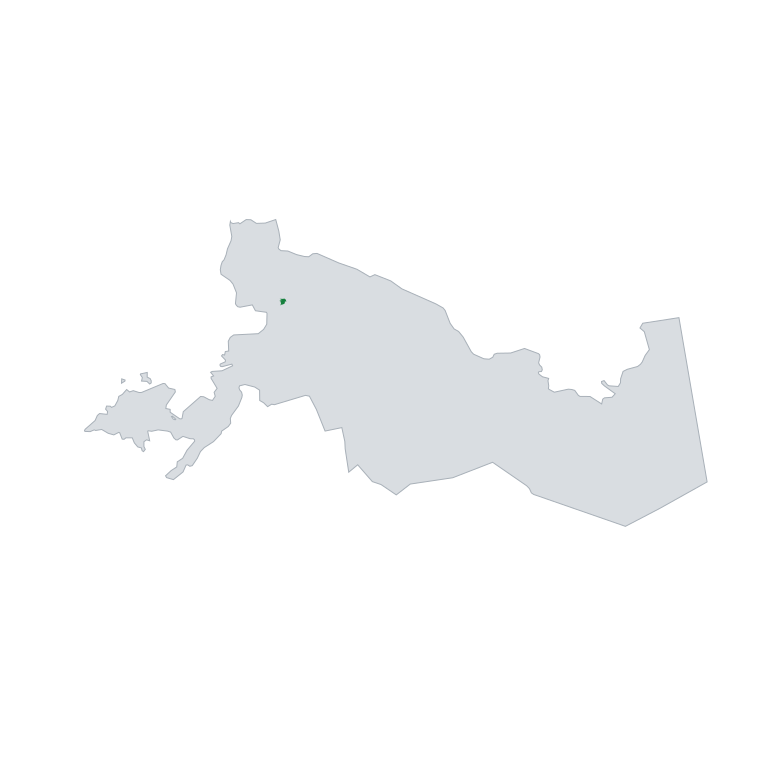 Shakhrisabz city, Kashkadarya, Uzbekistan shown in context, rotated 167°
{"feature_id": "79887680B15767509154771", "entity_name": "Shakhrisabz city", "entity_type": "district", "adm_level": 2, "iso_a3": "UZB", "parent_name": "Uzbekistan", "parent_adm1": "Kashkadarya", "projection": "equal_earth", "projection_center": [66.838, 39.072], "detail": "fine", "context": "in_parent", "style": "filled", "palette": "green", "viewbox_px": 768, "rotation_deg": 167, "n_neighbors": 0, "source": "geoboundaries", "source_scale": "gbopen_adm2", "svg_char_len": 4962}
<svg xmlns="http://www.w3.org/2000/svg" viewBox="0 0 768 768"><g transform="rotate(167 384 384)"><path d="M599.6,343.5L610.7,338.2L616.9,341.7L617.5,343.7L610.7,347.6L604.6,349.8L602.9,354.7L596.9,356.9L590.8,363.8L581.3,370.9L581.2,372.3L582.1,373.5L585.2,374.3L591.7,378.2L597.8,376.0L599.3,376.4L600.9,378.7L602.7,385.1L605.5,386.8L614.4,390.1L621.0,390.2L624.4,391.5L624.9,390.9L625.1,381.4L627.9,383.0L630.9,381.8L632.0,377.1L631.3,374.0L633.5,372.2L634.7,373.4L634.8,376.3L638.1,378.1L640.5,382.8L641.4,388.2L647.6,389.6L649.7,388.6L651.5,389.2L652.5,396.0L653.4,396.5L658.7,395.2L663.8,398.0L669.3,403.2L675.4,403.6L676.7,404.5L681.0,403.7L686.1,405.1L686.3,406.0L685.4,407.1L673.7,413.4L670.4,417.8L667.8,419.2L660.6,416.7L659.5,419.4L660.9,422.1L659.3,424.9L655.6,423.9L654.8,422.5L651.2,423.2L647.1,427.8L645.2,431.6L641.3,432.7L636.0,436.5L633.7,433.5L629.8,433.9L624.6,430.8L622.1,430.3L599.1,434.2L597.3,433.6L594.8,428.5L589.0,425.7L589.1,423.2L600.8,412.5L602.1,409.2L598.1,407.4L598.7,404.6L590.9,396.1L589.5,395.6L588.5,395.9L585.8,402.2L565.5,413.1L562.5,412.1L557.8,408.0L554.8,406.6L551.2,410.0L551.4,414.1L547.6,417.3L551.2,428.4L550.9,429.8L548.2,430.2L550.3,434.4L548.6,434.9L538.8,433.3L527.4,435.8L527.8,437.6L537.9,437.3L539.3,438.0L539.6,439.4L539.0,440.3L533.7,441.3L533.1,443.0L536.0,447.9L534.7,449.0L532.8,448.1L531.3,451.3L527.9,451.1L526.1,460.7L523.3,464.0L519.4,465.6L495.2,461.3L489.0,464.3L484.8,468.6L482.1,479.1L482.4,480.3L492.8,484.3L494.5,490.7L507.0,491.2L509.1,492.2L510.1,493.8L510.7,495.6L507.2,506.0L508.6,515.2L510.7,519.5L518.1,527.6L517.8,532.1L516.2,536.1L514.1,539.5L511.9,541.0L508.8,545.4L506.1,550.9L500.8,558.0L499.1,562.0L498.5,573.5L497.1,577.0L496.9,575.7L495.0,574.3L489.4,573.9L488.4,572.5L481.3,575.2L476.8,574.0L472.2,569.2L463.5,567.5L452.5,568.6L452.1,556.6L452.7,547.8L456.4,540.8L456.3,539.5L454.4,537.1L447.8,535.2L440.0,529.7L432.8,526.1L428.7,524.9L424.1,526.9L419.9,526.3L400.8,512.1L384.6,501.9L373.6,491.5L368.3,492.6L354.2,482.9L345.2,472.7L315.2,450.2L309.3,444.8L307.9,441.9L305.9,428.2L303.3,421.9L299.5,418.4L296.3,411.9L291.7,395.8L290.0,392.9L281.0,386.1L275.9,384.5L272.0,385.6L269.9,388.2L266.8,388.5L253.7,385.7L239.1,387.0L226.6,378.8L225.8,377.5L225.9,375.2L228.6,369.8L228.1,367.5L226.5,364.9L226.6,362.2L227.8,360.7L230.2,361.2L231.1,360.2L230.8,358.8L228.0,355.4L222.3,352.4L223.5,350.3L223.9,345.1L224.9,342.4L224.2,341.5L219.9,337.7L205.6,337.5L202.3,336.4L199.6,334.9L197.2,329.2L195.8,327.8L186.1,325.5L176.4,315.6L174.3,320.0L172.3,320.9L164.8,319.8L160.9,322.5L169.7,332.6L171.7,335.6L171.5,337.5L168.8,337.8L166.5,332.9L165.1,331.6L156.3,328.9L153.3,332.0L152.3,335.8L148.2,342.5L143.6,343.6L133.0,344.0L129.7,345.5L127.5,347.3L123.1,353.1L117.7,357.8L118.6,376.4L122.0,381.0L118.2,385.0L81.7,382.3L91.2,215.9L143.5,200.7L180.8,191.0L263.0,242.7L264.9,244.8L265.8,249.3L267.9,252.8L295.8,283.3L338.1,277.2L380.9,280.6L397.0,273.2L409.5,286.7L417.3,291.5L427.8,311.2L438.2,306.0L436.4,329.6L435.1,336.8L434.9,351.0L452.0,351.4L455.6,374.4L459.4,388.9L463.1,390.6L495.5,388.5L498.0,389.6L502.5,388.1L505.5,392.8L508.8,395.9L506.6,406.0L510.6,410.1L519.6,414.8L525.2,414.7L526.2,412.9L525.9,410.6L524.6,408.1L524.6,405.1L525.5,402.9L530.8,395.3L539.6,387.7L541.5,385.0L542.2,380.3L545.3,377.6L552.8,374.6L553.9,372.2L563.1,366.2L573.4,362.5L578.1,359.4L582.6,353.7L589.2,347.6L591.7,347.5L593.5,349.4L595.1,349.5L599.6,343.5ZM598.4,400.1L597.2,397.1L595.5,396.1L594.8,396.5L597.4,400.2L598.4,400.1ZM619.0,448.6L612.1,448.5L613.2,444.0L610.6,441.8L610.1,439.5L610.6,437.4L612.3,436.7L614.4,439.9L619.6,441.4L618.0,444.6L619.3,448.0L619.0,448.6ZM639.6,443.8L638.4,448.0L635.4,446.1L635.8,445.1L639.6,443.8Z" fill="#d9dde1" stroke="#a8b0b8" stroke-width="1"/><path d="M463.0,486.6L463.0,486.8L463.0,487.0L463.2,486.9L463.2,486.7L463.3,486.7L463.4,486.8L463.5,486.8L463.6,487.0L463.0,487.2L462.9,487.1L462.4,487.2L462.4,487.3L462.5,487.5L462.6,487.8L462.4,487.7L462.1,487.7L461.9,487.7L461.7,487.7L461.4,487.5L461.4,487.9L462.0,487.9L462.3,487.9L462.4,488.0L462.7,488.0L462.6,488.4L462.3,488.4L462.3,488.5L462.2,488.6L462.2,488.8L462.3,488.8L462.5,488.8L462.9,488.9L463.0,488.9L463.1,489.0L463.6,489.0L464.0,489.1L463.9,489.0L463.9,488.8L463.8,488.7L463.8,488.4L463.8,488.2L464.0,488.1L464.3,488.1L464.5,488.1L464.8,488.0L465.2,488.0L465.1,487.9L465.0,487.7L465.3,487.7L465.2,487.6L464.8,487.4L464.7,487.4L464.5,487.2L464.5,486.9L464.4,486.6L464.1,486.6L464.0,486.4L464.4,486.4L464.4,486.6L464.6,486.7L464.9,486.7L465.1,486.6L465.3,486.5L465.2,486.4L464.5,486.3L464.5,486.1L464.4,486.1L464.5,486.0L464.6,485.9L464.8,485.8L464.9,485.7L465.0,485.7L465.4,485.6L465.5,485.6L465.6,485.4L465.4,485.5L465.3,485.3L465.3,485.2L465.2,485.2L464.9,485.0L464.5,485.1L464.4,485.2L464.2,485.2L463.9,485.2L463.7,485.4L463.8,485.4L463.8,485.6L463.7,485.7L463.5,485.8L463.2,485.8L463.2,486.0L463.1,485.9L463.0,486.2L463.0,486.6Z" fill="#22c55e" stroke="#15803d" stroke-width="1.5"/></g></svg>